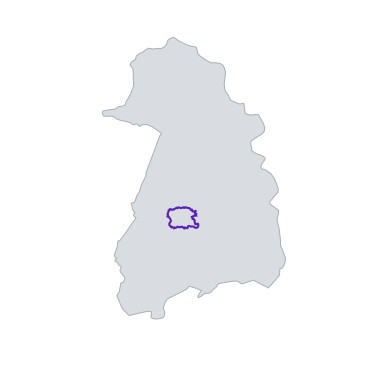 Ganzourgou, Ganzourgou, Burkina Faso (highlighted), rotated 111°
{"feature_id": "67063806B50041184778807", "entity_name": "Ganzourgou", "entity_type": "district", "adm_level": 2, "iso_a3": "BFA", "parent_name": "Burkina Faso", "parent_adm1": "Ganzourgou", "projection": "robinson", "projection_center": [-0.77, 12.29], "detail": "fine", "context": "in_parent", "style": "outline", "palette": "violet", "viewbox_px": 384, "rotation_deg": 111, "n_neighbors": 0, "source": "geoboundaries", "source_scale": "gbopen_adm2", "svg_char_len": 7500}
<svg xmlns="http://www.w3.org/2000/svg" viewBox="0 0 384 384"><g transform="rotate(111 192 192)"><path d="M278.1,241.9L269.2,242.3L265.9,243.4L263.9,243.4L263.8,242.5L263.6,242.0L252.3,238.9L244.3,237.1L236.3,235.0L235.8,236.9L234.7,238.2L232.9,238.3L231.7,238.0L230.9,239.4L229.6,241.4L227.7,242.3L225.9,243.5L224.9,244.5L224.1,244.6L222.3,242.1L219.8,241.9L215.3,242.3L213.2,241.6L210.4,241.3L203.8,241.8L193.2,240.8L191.4,241.3L191.0,241.8L180.5,241.9L168.9,242.0L159.3,242.1L150.8,242.2L150.8,241.8L148.1,241.7L147.8,242.6L145.4,252.5L145.1,257.8L146.4,261.2L147.8,263.3L149.4,264.2L149.5,265.4L148.3,266.9L148.4,268.5L149.9,270.2L150.2,271.9L149.5,273.7L149.6,278.1L150.8,284.9L150.8,289.4L149.7,291.4L150.2,294.9L152.3,299.8L152.7,301.9L151.9,302.9L150.2,304.2L148.4,304.1L146.4,301.2L145.5,299.8L143.9,296.8L142.5,293.8L140.6,292.4L138.7,291.2L136.5,287.3L134.3,285.5L132.0,286.0L128.6,285.3L121.8,284.4L114.5,284.6L111.4,285.5L108.4,286.9L100.8,290.0L97.8,291.5L95.6,295.4L93.0,295.3L90.4,294.1L88.8,292.3L85.3,292.7L82.0,291.0L78.7,287.7L76.4,286.6L73.3,284.1L72.5,279.5L70.6,276.3L68.8,271.8L66.2,269.7L63.2,268.7L59.0,268.9L56.2,267.1L54.1,264.4L54.7,262.2L55.7,258.9L55.8,255.8L56.5,250.7L56.1,244.4L55.3,240.0L57.7,238.1L60.3,236.5L62.0,233.5L63.8,226.7L64.5,220.9L64.0,218.8L63.1,217.1L62.4,214.5L62.0,211.5L62.5,208.8L64.6,206.3L67.1,204.3L68.9,203.3L73.7,202.2L79.6,200.7L83.1,199.0L85.6,197.2L87.0,195.8L88.4,193.0L90.7,190.8L92.5,188.6L92.8,182.4L92.8,178.9L91.5,177.0L90.8,175.3L99.6,170.5L99.7,167.1L98.5,163.3L96.8,160.2L96.1,157.6L98.6,154.5L100.8,152.1L102.3,150.1L105.8,147.1L109.4,146.3L112.7,147.5L122.3,154.6L124.0,155.0L126.0,154.5L128.6,152.6L131.9,151.1L133.1,146.4L133.0,139.4L133.7,136.2L135.5,135.6L141.0,136.9L142.5,137.0L144.1,136.5L145.3,135.3L145.2,133.1L145.0,131.1L146.8,124.6L150.1,119.7L156.8,113.6L158.9,112.3L161.3,111.7L173.2,115.9L175.2,114.9L178.1,104.5L181.4,103.5L185.2,103.3L187.8,102.4L189.1,101.7L194.8,97.7L204.8,92.4L210.2,90.1L211.2,89.2L215.1,85.4L220.2,81.0L223.5,80.1L228.0,79.8L230.8,80.5L231.6,81.8L232.5,82.4L238.4,80.5L246.9,83.5L254.2,86.4L253.7,88.3L253.7,91.5L253.1,96.7L252.3,102.9L255.3,106.9L259.0,111.2L259.9,112.8L259.0,117.1L259.6,119.6L261.6,123.7L264.8,129.0L268.1,134.4L270.5,135.1L272.7,135.5L274.0,136.5L275.9,137.4L277.9,138.0L279.6,139.2L280.7,140.4L282.1,143.7L285.8,145.9L288.4,148.1L287.4,149.2L284.1,148.8L281.0,147.8L280.6,149.4L280.5,155.5L281.0,160.6L281.7,161.3L284.8,162.2L292.2,168.9L298.9,175.1L301.1,176.8L304.8,177.4L309.0,177.6L310.8,177.1L314.8,173.9L316.9,173.5L318.8,173.6L319.9,174.1L321.8,176.7L323.7,180.6L324.2,183.5L324.0,185.0L323.4,185.6L320.1,186.3L318.7,186.9L318.3,187.8L318.9,189.7L319.5,190.9L323.1,196.6L328.3,204.1L329.9,206.1L329.0,208.3L326.4,214.2L324.4,216.7L315.7,225.1L311.5,224.1L302.5,225.8L301.1,223.8L299.0,223.6L296.4,223.9L295.5,224.6L295.2,225.5L294.3,226.6L292.6,229.9L291.4,230.8L289.8,231.3L287.8,231.2L286.7,231.7L286.7,233.3L286.3,234.7L285.0,235.5L284.4,237.1L284.5,238.6L283.8,239.4L282.1,239.0L281.1,238.5L280.1,240.6L279.0,241.9L278.1,241.9Z" fill="#d9dde1" stroke="#a8b0b8" stroke-width="1"/><path d="M224.7,180.5L224.5,180.4L224.4,180.4L224.3,180.2L224.2,180.0L224.1,179.6L224.0,179.2L224.0,178.9L223.9,178.7L223.8,178.2L223.9,177.9L223.9,177.4L223.9,177.2L224.1,176.9L224.3,176.4L224.2,176.1L224.1,175.9L224.1,175.7L224.0,175.4L223.9,175.1L223.8,174.9L223.4,174.7L223.2,174.6L223.1,174.3L223.1,174.2L222.9,174.1L222.1,174.0L221.7,174.1L221.2,174.0L220.9,174.1L220.4,174.3L220.2,174.5L219.9,174.6L219.7,174.7L219.6,174.8L219.5,175.0L219.6,175.3L219.7,175.6L219.9,175.8L220.2,176.0L220.8,177.1L220.7,177.3L220.8,177.4L220.4,177.7L220.2,177.9L219.8,177.9L219.6,178.0L219.5,178.3L219.5,178.5L219.4,178.6L219.1,178.8L218.7,179.0L218.2,179.1L217.9,179.2L217.6,179.3L217.5,179.5L217.4,179.8L217.2,180.0L216.9,180.2L217.0,180.4L217.0,180.8L217.0,181.1L217.0,181.8L216.9,181.9L216.7,182.0L216.3,181.9L216.3,182.2L216.2,182.3L215.7,182.2L215.6,182.3L215.5,182.5L215.4,182.6L215.5,183.0L215.5,183.3L215.4,183.4L215.2,183.3L215.0,183.0L214.8,182.8L214.4,182.4L214.1,182.2L213.8,181.9L213.6,181.7L213.2,181.3L213.2,180.7L213.0,180.4L212.5,180.5L212.4,180.5L212.3,180.4L212.3,180.1L212.2,180.2L212.0,180.3L211.9,180.4L211.9,179.9L210.8,180.2L210.8,180.3L211.1,180.7L211.2,181.0L211.2,181.3L211.0,181.6L210.8,181.7L210.6,181.7L209.7,181.7L209.3,181.7L209.2,181.8L208.9,181.7L208.7,181.7L208.4,181.7L208.3,181.9L208.3,182.0L208.6,182.3L208.8,182.4L209.0,182.4L209.2,182.6L209.3,182.9L209.6,183.2L209.7,183.3L209.6,183.7L209.5,183.8L209.9,184.6L209.8,184.8L209.7,184.9L209.4,185.0L209.0,185.4L208.7,185.6L208.9,185.8L208.9,186.1L209.0,186.1L208.9,186.4L209.1,186.8L209.1,187.0L208.8,187.1L208.6,187.2L208.3,187.3L208.2,187.4L208.2,187.6L208.2,187.8L208.2,188.3L208.0,188.6L207.9,188.9L208.0,189.1L208.2,189.3L208.3,189.6L208.4,189.8L208.4,190.1L208.4,190.4L208.4,190.5L208.4,190.9L208.5,190.9L208.6,191.1L208.5,191.8L208.6,192.0L208.8,192.4L208.8,192.5L208.6,192.7L208.6,192.8L208.7,193.0L209.0,193.0L209.4,193.1L209.5,193.3L209.4,193.6L209.4,193.8L209.7,194.0L209.6,194.3L209.4,194.6L209.4,194.8L209.7,195.2L209.9,195.3L210.1,195.4L210.6,195.8L210.8,196.2L210.8,196.5L210.9,196.8L211.0,196.8L211.0,197.0L211.1,197.4L211.1,197.5L211.0,197.8L210.9,198.3L211.0,198.5L211.4,198.8L211.4,199.0L211.5,199.2L211.5,199.3L211.9,199.5L212.1,199.7L212.1,199.9L212.3,200.0L212.2,200.2L212.3,200.2L212.3,200.3L212.5,200.5L212.6,200.9L212.7,201.0L212.8,201.3L213.1,201.5L213.4,201.7L213.7,201.8L213.8,202.0L214.0,202.3L214.3,202.5L214.5,202.6L214.8,202.6L215.0,202.9L215.0,203.1L215.0,203.3L215.4,203.5L215.5,203.6L215.6,203.8L215.7,204.0L215.8,204.3L215.7,204.5L215.8,204.7L215.9,204.8L215.8,205.0L215.7,205.3L215.8,205.3L215.7,205.8L215.6,206.0L215.9,206.3L216.2,206.7L216.3,206.7L216.5,206.7L216.6,206.8L217.0,206.8L217.0,206.7L217.3,206.5L217.5,206.5L217.9,206.8L217.9,207.0L218.1,206.9L218.5,206.9L218.9,207.0L219.6,207.0L221.0,206.9L221.3,206.9L221.6,206.7L221.8,206.3L222.0,206.3L222.3,206.5L222.5,206.3L222.6,206.2L222.8,205.9L223.1,205.7L223.2,205.4L223.3,205.4L223.5,205.3L223.6,205.2L223.7,205.3L223.7,205.1L223.8,205.1L223.8,204.9L223.8,204.6L223.9,204.4L223.9,204.2L224.1,204.0L224.2,203.8L224.4,203.5L224.7,203.0L225.0,202.6L225.2,202.4L225.4,202.2L225.6,202.1L225.7,201.9L226.1,201.7L226.5,201.4L227.1,201.2L227.4,201.3L227.8,201.4L228.2,201.5L228.4,201.7L229.2,201.9L229.6,201.9L229.8,201.7L230.0,201.7L230.3,201.6L230.5,201.4L230.9,201.3L230.9,201.1L231.0,201.0L231.1,200.8L231.3,200.6L231.5,200.4L231.7,200.1L231.6,199.9L231.8,199.8L231.9,199.6L231.9,199.4L232.0,199.3L232.0,199.1L232.2,198.8L232.3,198.5L232.3,198.4L232.4,198.2L231.9,197.7L231.7,197.7L231.8,197.1L231.9,196.8L231.7,196.4L231.6,196.2L231.4,195.9L231.4,195.6L231.4,195.4L231.5,195.4L231.9,195.4L232.0,195.4L231.8,195.1L231.7,195.0L231.5,194.7L231.4,194.5L231.1,194.5L231.0,194.3L230.8,194.0L230.7,193.8L230.6,193.6L230.4,193.5L229.6,193.3L229.5,193.1L229.5,192.8L229.6,192.4L229.6,192.2L229.5,191.4L229.4,190.9L229.2,190.7L228.8,190.6L228.6,190.4L228.6,190.2L228.6,189.9L228.7,189.6L228.4,189.4L228.3,189.2L228.0,188.9L227.9,188.8L228.0,188.4L228.1,188.0L228.2,187.4L228.6,187.2L228.8,186.7L228.8,186.0L228.7,185.8L228.5,185.7L227.8,185.8L227.6,185.8L227.6,185.6L227.6,185.3L227.5,184.8L227.6,184.3L227.5,183.4L227.4,183.3L227.0,183.2L226.8,183.2L226.4,183.3L225.6,183.4L225.3,183.3L225.2,183.3L224.9,182.9L224.7,182.6L224.7,181.4L224.7,181.0L224.7,180.5Z" fill="none" stroke="#5b21b6" stroke-width="2"/></g></svg>